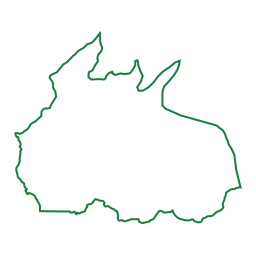 map outline of Ruvuma (Natural Earth projection)
{"feature_id": "TZA-3389", "entity_name": "Ruvuma", "entity_type": "Region", "adm_level": 1, "iso_a3": "TZA", "parent_name": "United Republic of Tanzania", "parent_adm1": "", "projection": "natural_earth1", "projection_center": [36.042, -10.46], "detail": "fine", "context": "isolated", "style": "outline", "palette": "green", "viewbox_px": 256, "rotation_deg": 0, "n_neighbors": 0, "source": "natural_earth", "source_scale": "10m", "svg_char_len": 4006}
<svg xmlns="http://www.w3.org/2000/svg" viewBox="0 0 256 256"><path d="M17.2,137.1L16.7,136.8L16.1,136.0L15.7,135.0L15.4,133.9L15.4,133.3L15.5,133.3L17.2,133.0L17.9,133.2L18.7,133.8L20.7,133.6L22.5,132.7L28.1,128.6L31.0,123.8L35.7,121.1L41.2,116.2L41.6,111.3L43.1,109.4L45.3,108.4L47.6,108.5L49.9,107.9L50.7,105.4L56.1,96.8L55.5,91.9L53.0,87.6L53.2,83.9L52.2,81.3L50.8,79.7L49.6,77.7L50.2,75.7L52.3,74.4L57.0,72.2L63.2,64.5L67.4,61.9L73.0,55.9L75.4,54.1L77.3,51.8L79.8,50.0L82.7,48.4L85.1,46.5L87.0,44.3L89.6,43.6L92.1,42.5L95.9,38.4L100.0,33.0L100.2,33.7L99.8,34.4L99.8,35.7L100.1,37.2L100.3,42.5L101.1,45.1L102.2,47.6L101.2,51.4L98.6,54.1L97.6,56.4L97.4,58.8L98.0,60.3L97.5,61.9L95.3,65.1L92.5,70.2L91.2,71.4L89.8,71.5L88.8,72.5L88.4,77.0L91.2,79.5L100.1,79.1L102.4,79.5L104.7,79.3L105.8,77.8L106.4,75.7L109.3,72.8L112.1,71.9L111.9,72.8L112.4,73.4L113.0,73.2L113.3,73.8L115.0,75.0L120.6,73.4L124.5,74.1L129.8,73.3L130.2,72.9L131.9,70.9L134.7,66.3L135.3,64.4L135.3,61.1L136.6,60.6L137.3,60.2L138.2,62.3L138.1,64.7L140.1,70.4L142.7,75.9L140.7,81.9L137.2,87.2L138.8,90.7L143.1,90.6L149.1,86.8L154.2,81.7L157.9,76.6L162.2,72.2L167.3,68.5L169.3,67.4L175.1,62.5L179.8,60.8L179.0,65.3L177.4,69.7L174.6,74.3L169.7,80.5L164.4,86.1L162.8,90.2L162.3,94.7L162.5,100.2L162.4,105.5L165.5,108.7L181.0,115.5L216.6,125.5L219.6,128.0L221.6,129.3L223.3,130.9L224.9,133.9L225.6,135.6L226.0,137.3L227.6,140.6L228.6,144.1L229.7,146.0L231.1,147.9L234.3,154.7L236.2,169.8L240.6,187.5L239.2,187.4L235.5,188.2L234.9,188.9L234.4,189.1L231.7,189.2L230.7,189.5L226.7,192.2L226.2,192.8L226.0,193.9L225.1,197.3L224.4,198.2L224.5,199.5L223.0,202.7L222.7,204.4L222.9,205.4L223.3,206.3L223.4,207.2L222.9,208.2L222.1,209.0L220.8,210.1L216.1,212.4L213.2,215.1L212.0,215.8L210.7,216.1L208.6,216.1L207.2,216.5L204.9,217.9L203.6,218.2L202.8,218.6L202.3,219.5L201.9,220.6L201.6,221.3L201.0,221.8L200.6,222.1L199.4,222.3L197.9,222.3L194.8,221.3L194.2,221.0L193.1,219.6L192.4,219.2L191.8,219.3L191.3,219.5L190.8,219.9L190.1,220.2L187.8,220.5L185.0,220.2L179.6,218.7L177.4,217.5L175.1,215.3L173.4,212.8L172.6,210.5L171.6,211.2L171.0,211.7L170.4,212.0L164.5,212.6L163.6,212.4L162.0,211.2L160.7,211.1L160.1,210.8L159.0,211.2L156.1,215.1L154.3,218.1L153.7,218.7L153.0,219.2L150.6,220.2L150.0,220.8L149.7,221.3L149.2,221.6L147.5,221.8L146.5,222.2L142.5,223.0L141.4,222.8L139.8,221.9L139.4,221.8L139.0,221.4L138.7,219.6L138.2,219.2L130.7,219.2L130.4,219.4L130.0,219.7L129.6,220.1L127.6,220.4L125.3,221.2L124.3,221.3L123.6,221.1L122.7,220.4L121.9,220.2L119.2,220.7L118.5,220.2L117.9,218.8L117.7,217.3L118.2,216.1L117.7,214.7L117.6,213.0L117.2,211.6L116.2,211.0L115.6,210.8L115.2,210.5L114.7,210.0L114.2,209.5L113.6,209.2L112.2,208.7L111.6,208.4L109.2,206.8L107.9,206.1L107.0,206.2L105.7,206.6L104.5,205.9L103.9,204.5L104.5,202.8L103.4,201.3L102.6,200.8L100.2,200.8L99.8,200.7L97.9,199.8L95.3,199.2L94.5,199.9L92.5,202.8L91.3,203.8L88.1,204.5L86.9,205.3L87.4,206.9L86.7,207.5L86.0,208.5L85.4,209.5L85.0,211.1L84.3,211.5L80.9,212.6L79.3,213.5L78.2,213.2L77.2,212.8L76.5,212.8L76.4,214.1L75.7,213.8L75.4,213.4L75.2,212.9L74.9,212.3L74.3,211.8L74.0,211.8L73.8,212.0L73.4,212.1L72.5,212.6L72.2,212.6L70.6,212.5L70.0,212.3L69.6,211.8L69.5,211.4L66.8,211.5L40.1,211.2L40.0,210.5L40.0,206.7L39.8,205.6L39.5,204.7L39.2,204.0L39.1,203.6L38.8,203.0L38.2,202.4L37.6,201.6L37.0,199.6L35.8,198.5L35.6,197.9L35.1,196.4L33.9,195.1L32.3,194.2L29.6,193.1L29.0,193.0L28.6,193.2L27.7,194.1L27.3,194.1L26.9,193.5L25.5,190.5L25.9,190.3L26.4,189.8L26.8,189.5L26.8,189.1L25.8,188.4L25.0,187.3L24.4,185.9L24.2,184.1L24.0,183.5L23.6,182.9L23.1,182.5L21.9,182.2L21.6,181.7L21.4,181.0L21.1,180.3L18.0,177.3L17.6,176.0L17.4,174.1L16.5,171.1L16.2,169.5L16.5,167.6L17.8,165.8L18.4,164.9L19.6,161.8L19.7,161.1L19.7,157.8L20.5,153.1L20.3,151.1L20.7,150.5L21.5,149.8L21.3,148.9L20.9,148.3L20.5,148.0L20.2,147.6L20.1,147.2L19.7,146.5L20.6,145.0L20.5,143.3L19.9,141.8L18.5,140.0L18.3,139.5L18.4,138.1L18.2,137.2L17.8,137.1L17.2,137.1Z" fill="none" stroke="#15803d" stroke-width="2"/></svg>